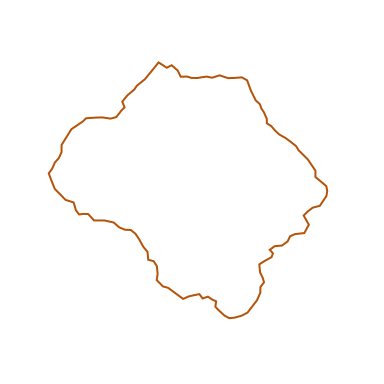 Ingazeira, Pernambuco, Brazil (Robinson projection), rotated 250°
{"feature_id": "56859067B31203293354202", "entity_name": "Ingazeira", "entity_type": "district", "adm_level": 2, "iso_a3": "BRA", "parent_name": "Brazil", "parent_adm1": "Pernambuco", "projection": "robinson", "projection_center": [-37.421, -7.711], "detail": "fine", "context": "isolated", "style": "outline", "palette": "amber", "viewbox_px": 384, "rotation_deg": 250, "n_neighbors": 0, "source": "geoboundaries", "source_scale": "gbopen_adm2", "svg_char_len": 1581}
<svg xmlns="http://www.w3.org/2000/svg" viewBox="0 0 384 384"><g transform="rotate(250 192 192)"><path d="M325.2,204.9L321.7,199.2L314.0,186.1L310.7,176.4L308.1,173.0L305.0,164.5L300.8,157.4L294.6,157.6L292.7,153.5L288.3,146.5L288.8,140.6L292.7,133.4L295.0,126.5L297.5,117.7L295.6,113.5L292.3,100.2L280.8,85.5L274.1,83.1L269.5,78.6L266.6,73.2L261.6,68.4L258.6,63.8L252.3,63.8L241.9,64.1L227.8,70.5L222.7,77.2L214.6,76.7L209.5,78.2L208.5,82.7L206.8,86.9L198.8,90.2L195.1,100.2L190.1,108.0L183.6,111.6L179.5,116.1L177.2,121.5L172.1,124.6L166.0,126.1L157.1,127.5L151.0,129.7L143.3,127.7L140.1,132.3L134.3,133.6L126.8,131.7L121.3,128.7L113.2,132.4L110.2,136.7L94.6,147.1L95.0,153.2L94.4,158.1L93.5,164.0L88.3,165.6L88.2,171.2L84.1,174.1L81.0,177.3L76.2,174.7L71.8,176.6L64.9,180.2L60.7,183.8L59.3,189.4L58.8,196.3L59.7,203.0L65.3,211.7L68.0,216.0L73.9,221.7L79.3,223.8L82.5,228.8L87.0,229.1L93.3,228.5L101.0,230.5L102.3,236.4L103.6,244.5L106.7,247.1L111.1,245.3L112.8,251.2L110.9,258.2L112.9,265.0L116.9,269.1L117.2,274.4L115.0,283.5L121.3,290.6L131.7,288.9L134.0,293.8L136.0,300.0L135.3,307.4L142.2,316.9L146.8,319.5L151.6,320.2L163.9,313.1L169.8,315.3L183.2,311.9L194.9,306.4L199.5,305.5L204.1,302.7L210.7,298.4L216.4,293.5L221.5,291.0L226.7,289.1L231.0,285.8L235.0,287.3L242.5,286.8L246.5,285.8L251.4,285.8L256.3,283.2L267.4,282.0L278.1,282.0L282.7,278.0L284.5,271.5L286.6,264.9L292.2,257.8L292.5,250.0L295.4,245.3L296.5,240.3L297.3,235.9L299.4,230.5L302.1,227.0L304.2,220.8L311.1,220.1L318.1,216.2L317.4,210.8L325.2,204.9Z" fill="none" stroke="#b45309" stroke-width="2"/></g></svg>